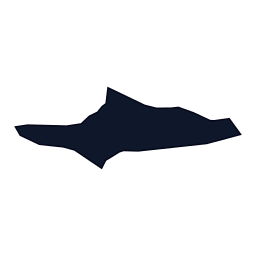 SVG path tracing the border of Komen
{"feature_id": "SVN-1030", "entity_name": "Komen", "entity_type": "Municipality", "adm_level": 1, "iso_a3": "SVN", "parent_name": "Slovenia", "parent_adm1": "", "projection": "robinson", "projection_center": [13.721, 45.818], "detail": "fine", "context": "isolated", "style": "filled", "palette": "ink", "viewbox_px": 256, "rotation_deg": 0, "n_neighbors": 0, "source": "natural_earth", "source_scale": "10m", "svg_char_len": 479}
<svg xmlns="http://www.w3.org/2000/svg" viewBox="0 0 256 256"><path d="M25.2,137.6L20.2,135.2L15.4,126.9L27.6,125.1L66.7,126.1L81.2,123.9L89.4,116.2L97.6,112.2L102.1,106.6L106.1,103.6L108.0,87.8L144.5,105.3L156.3,108.3L171.0,108.2L178.4,107.4L193.6,112.9L210.1,120.6L214.0,120.8L229.2,118.7L240.6,134.4L206.5,143.5L138.1,150.9L123.5,150.5L119.4,151.8L105.6,160.3L101.6,168.2L74.5,149.9L63.0,146.8L39.4,144.3L25.2,137.6Z" fill="#0f172a" stroke="#020617" stroke-width="1.5"/></svg>